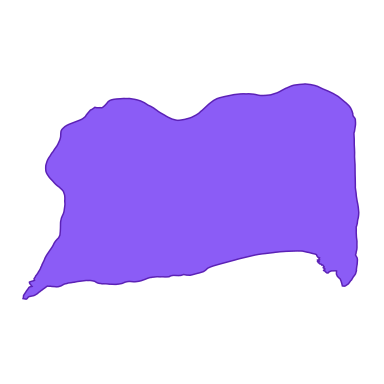 the district of Prek Prasab, Krâchéh, Cambodia, rotated 271°
{"feature_id": "14789045B57642852254246", "entity_name": "Prek Prasab", "entity_type": "district", "adm_level": 2, "iso_a3": "KHM", "parent_name": "Cambodia", "parent_adm1": "Krâchéh", "projection": "robinson", "projection_center": [105.824, 12.492], "detail": "fine", "context": "isolated", "style": "filled", "palette": "violet", "viewbox_px": 384, "rotation_deg": 271, "n_neighbors": 0, "source": "geoboundaries", "source_scale": "gbopen_adm2", "svg_char_len": 5910}
<svg xmlns="http://www.w3.org/2000/svg" viewBox="0 0 384 384"><g transform="rotate(271 192 192)"><path d="M100.7,344.0L100.5,346.0L100.8,347.0L102.9,350.0L106.2,352.3L106.8,353.0L109.7,354.6L111.7,356.1L113.0,356.9L116.2,357.8L117.3,357.7L120.2,358.0L122.8,358.4L127.1,358.6L128.9,358.3L131.9,356.6L133.7,357.1L134.8,357.2L136.1,357.5L137.7,357.8L139.4,357.9L142.6,357.8L145.6,357.8L149.8,357.2L152.8,357.0L154.0,356.9L156.8,356.9L159.2,356.8L160.0,356.8L161.0,357.2L163.5,357.8L165.8,358.0L167.2,358.2L168.8,358.6L170.0,358.8L171.9,359.0L174.4,359.1L179.7,358.5L183.0,357.9L185.6,357.3L190.6,356.4L193.6,356.1L199.3,355.2L200.8,355.2L201.7,355.2L204.6,355.1L207.8,355.0L211.8,354.8L222.3,354.5L225.9,354.2L230.1,353.9L234.3,353.9L238.0,353.7L242.0,353.4L247.5,353.3L251.5,353.0L253.8,352.9L255.5,353.4L262.1,354.3L264.1,354.3L267.7,354.0L269.1,353.2L270.6,351.9L272.1,351.4L273.2,351.4L275.6,350.6L277.0,350.0L278.6,349.2L280.2,348.1L281.3,347.1L283.8,344.4L284.7,343.2L289.0,337.9L290.0,336.6L291.0,334.9L291.8,333.4L292.8,331.7L295.2,326.5L297.4,320.9L299.9,315.5L300.1,314.7L300.5,313.5L300.8,312.2L301.5,308.6L302.0,303.1L301.8,301.9L301.4,297.5L300.7,292.7L300.5,291.7L300.0,290.1L299.2,288.2L297.8,285.2L297.3,283.9L295.1,279.9L294.2,278.4L293.4,276.9L292.7,275.5L291.3,271.3L290.5,269.0L290.2,266.7L289.9,263.9L289.7,260.9L289.7,258.5L290.0,256.4L290.6,253.8L290.9,251.6L291.2,246.9L291.0,244.4L291.1,242.0L290.9,238.6L290.1,232.2L289.4,229.2L288.0,222.9L286.7,218.0L285.8,215.4L283.9,212.0L281.5,208.9L280.0,207.1L273.9,200.8L272.8,199.4L272.0,198.6L271.5,198.2L270.7,197.2L269.8,195.9L268.9,194.5L266.7,190.4L266.0,188.6L265.3,186.3L264.9,184.8L264.7,184.3L264.5,183.5L263.9,180.4L263.5,178.0L263.4,176.4L263.6,174.8L264.6,170.8L266.3,166.9L267.3,165.0L268.5,163.0L270.7,158.9L272.0,156.8L272.9,155.6L273.8,154.3L275.3,152.2L276.9,149.3L278.1,146.5L280.4,142.9L282.2,138.9L283.1,135.7L283.6,133.4L284.4,127.9L284.3,124.9L284.3,121.8L284.0,118.8L283.7,115.1L283.3,112.2L282.8,110.1L282.2,108.5L281.0,106.7L278.7,104.9L276.8,103.2L275.4,101.6L274.8,100.8L274.6,100.0L274.7,99.2L274.6,96.4L274.6,95.2L275.0,93.4L273.9,92.0L272.9,90.6L272.3,89.3L272.0,88.9L269.6,86.9L268.1,85.7L266.9,84.8L265.6,84.1L263.8,82.0L262.7,80.3L261.8,78.3L257.6,68.0L256.5,65.8L255.2,63.8L253.6,62.1L252.2,60.8L250.6,60.0L248.5,59.8L245.0,59.7L243.5,59.4L241.7,58.9L237.5,57.1L235.8,56.2L232.2,53.7L230.8,52.9L229.7,52.2L228.8,51.4L227.2,50.4L225.9,49.7L223.5,48.1L221.6,47.1L219.8,46.4L216.2,45.4L214.6,45.3L213.0,45.3L211.8,45.4L210.5,45.5L209.0,46.0L207.4,46.8L204.5,48.8L203.1,50.0L200.3,52.8L198.8,54.1L197.4,55.5L196.2,56.9L195.3,58.1L194.4,59.4L193.3,60.5L192.3,61.7L191.1,62.8L190.3,63.4L187.3,64.5L186.1,64.8L183.8,65.0L182.1,65.0L181.0,64.9L177.7,65.2L176.2,65.1L170.4,64.4L168.2,63.8L165.7,62.7L163.7,61.9L160.3,61.2L159.0,61.1L153.5,61.1L150.3,61.0L147.7,60.8L146.6,60.7L145.0,60.0L143.7,59.3L142.4,58.0L140.4,56.3L138.5,55.1L136.3,54.1L134.5,53.1L130.7,50.6L127.2,48.3L125.7,47.4L123.4,46.2L121.4,45.5L119.7,44.7L117.8,43.8L116.5,43.2L116.1,43.2L115.8,43.1L114.1,42.2L112.8,41.8L110.9,40.8L109.7,40.0L108.3,39.3L106.5,38.1L105.4,37.2L104.0,36.6L102.6,35.6L102.0,35.7L101.0,36.1L100.7,35.6L100.2,34.2L99.9,33.0L99.4,31.6L99.0,31.0L98.3,31.1L97.5,31.5L94.8,33.7L94.3,31.5L93.7,30.6L92.8,30.1L90.3,28.3L89.3,27.7L87.1,26.3L86.0,25.6L85.2,25.3L83.8,25.3L82.5,24.9L82.0,27.8L82.1,28.5L82.8,29.2L84.0,30.1L84.4,30.7L84.6,31.1L84.7,31.6L84.8,32.1L85.0,32.8L85.3,34.2L85.6,35.5L86.0,36.5L86.8,37.8L87.6,39.1L89.1,40.7L89.4,41.1L89.8,41.8L90.3,42.2L90.7,42.8L91.2,43.5L91.8,44.3L92.2,44.7L93.5,46.5L93.9,47.0L94.9,48.3L95.2,48.7L95.4,49.2L95.3,49.6L95.3,52.5L95.1,53.3L95.0,56.1L94.8,58.4L95.0,60.1L95.8,62.6L97.2,65.0L97.8,66.1L98.3,68.4L98.9,70.0L99.1,71.8L99.3,73.2L99.6,74.5L99.7,75.7L100.3,78.2L100.5,79.2L101.7,87.7L101.7,90.6L101.8,91.4L101.5,93.9L101.1,95.9L100.9,96.3L100.8,96.7L100.3,97.4L99.9,98.1L99.3,99.5L99.0,101.0L98.9,102.5L98.7,103.2L98.6,103.8L98.7,104.4L98.7,106.9L98.7,107.8L98.6,109.4L98.4,110.9L98.4,112.6L98.3,116.1L98.3,117.9L98.5,118.6L98.6,119.9L98.9,121.5L99.3,123.5L99.7,124.5L100.1,125.4L100.4,126.0L100.7,126.7L101.2,128.7L101.4,130.0L101.5,131.3L101.4,132.7L101.2,135.4L101.2,136.1L101.4,137.8L101.8,140.4L102.4,142.7L103.9,146.7L104.9,149.0L105.8,151.6L105.8,152.6L106.1,153.5L106.2,154.7L106.4,156.3L106.6,157.7L106.7,158.9L106.6,161.4L106.7,163.2L106.7,165.4L106.6,166.3L106.7,168.4L106.8,169.7L106.9,170.6L107.8,172.2L108.2,174.1L108.3,174.5L108.3,176.0L108.2,179.9L108.4,182.3L109.1,184.4L109.3,184.7L109.3,185.5L108.8,188.3L108.8,189.8L108.7,191.4L109.1,193.1L110.8,199.0L111.2,200.6L112.4,204.3L112.7,205.0L113.2,205.7L114.1,207.0L115.7,208.6L116.3,209.4L117.2,211.3L117.8,212.8L118.6,215.0L120.2,220.2L124.8,236.2L125.5,238.4L126.1,240.5L126.9,243.6L128.6,250.3L129.4,253.4L130.1,256.2L130.8,259.6L131.4,263.4L131.8,266.9L131.9,267.4L132.9,274.8L133.2,276.4L133.5,279.0L133.8,281.0L134.1,284.8L134.3,286.9L134.9,298.1L134.9,303.3L133.8,308.4L133.7,309.2L133.5,310.3L132.6,313.7L132.2,315.8L132.0,316.5L131.6,317.4L131.1,317.8L130.6,317.8L128.9,319.1L128.6,320.1L128.3,320.7L127.8,320.3L127.4,320.1L126.5,320.7L126.3,320.3L126.2,319.5L125.8,320.1L125.4,319.8L125.4,319.2L125.8,318.8L125.2,318.6L124.7,318.7L124.5,319.0L124.5,319.6L124.4,320.1L123.9,319.6L123.6,319.5L123.0,320.4L122.7,320.7L122.6,321.0L122.2,321.3L122.2,321.8L122.1,322.3L121.9,322.6L121.2,323.0L121.4,323.5L121.2,324.1L119.9,324.9L119.8,325.3L119.2,325.2L118.8,325.0L118.5,324.6L118.2,325.0L118.1,325.5L117.6,325.8L117.4,326.2L117.0,326.1L116.6,325.9L116.4,325.3L115.8,325.0L115.4,325.8L115.3,326.3L114.4,326.9L114.0,327.6L113.5,328.1L113.4,328.9L113.4,329.4L113.7,329.8L114.3,330.2L115.0,331.4L115.3,332.2L115.6,333.0L115.6,334.5L115.7,335.9L115.7,336.8L115.6,337.9L112.5,337.8L110.3,338.8L108.8,340.3L107.6,341.7L105.2,342.7L103.4,343.3L100.7,344.0Z" fill="#8b5cf6" stroke="#5b21b6" stroke-width="1.5"/></g></svg>